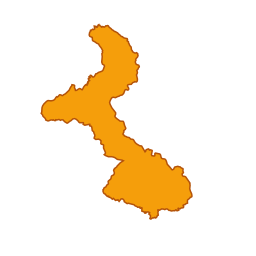 Sintang, Kalimantan Barat, Indonesia (Albers equal-area conic projection), rotated 44°
{"feature_id": "22746128B74245273608062", "entity_name": "Sintang", "entity_type": "district", "adm_level": 2, "iso_a3": "IDN", "parent_name": "Indonesia", "parent_adm1": "Kalimantan Barat", "projection": "albers", "projection_center": [111.256, 0.194], "detail": "fine", "context": "isolated", "style": "filled", "palette": "amber", "viewbox_px": 256, "rotation_deg": 44, "n_neighbors": 0, "source": "geoboundaries", "source_scale": "gbopen_adm2", "svg_char_len": 5803}
<svg xmlns="http://www.w3.org/2000/svg" viewBox="0 0 256 256"><g transform="rotate(44 128 128)"><path d="M210.5,171.8L210.0,170.9L210.3,169.7L208.0,167.8L207.6,166.9L206.5,166.4L206.4,166.0L207.8,165.2L208.4,162.9L210.0,161.6L211.2,161.1L211.5,160.0L212.1,159.3L212.8,158.9L214.7,158.8L215.6,158.0L216.7,157.7L218.3,155.7L219.2,155.0L219.1,153.8L219.3,153.6L219.9,153.4L220.6,153.6L221.1,153.1L221.6,151.9L220.1,151.4L219.9,150.8L220.3,150.5L221.1,150.5L221.6,150.1L221.8,148.6L223.0,147.2L223.1,146.6L222.7,145.9L221.6,145.6L221.3,145.2L221.5,144.5L222.2,143.7L222.1,142.7L223.0,140.7L221.4,139.2L220.8,138.2L221.2,135.8L220.9,134.7L221.6,133.5L221.6,133.0L220.7,132.0L219.4,131.1L216.6,130.0L214.7,128.9L212.3,125.9L211.0,125.1L210.9,124.6L203.5,123.1L202.4,123.4L201.3,124.4L200.3,124.4L199.4,124.0L198.8,123.4L198.9,121.9L198.7,121.4L197.4,120.9L196.1,119.2L195.6,119.1L194.1,119.7L192.4,119.8L191.6,120.5L190.5,120.9L188.8,123.5L188.8,124.1L189.4,125.8L189.1,127.1L188.5,127.5L185.7,127.1L181.4,126.8L178.6,125.2L176.8,124.6L175.8,124.9L174.0,126.2L173.1,126.4L172.2,126.1L170.2,124.8L168.9,124.6L165.2,126.9L165.0,127.6L166.2,128.9L166.5,129.6L165.9,130.3L164.4,131.3L163.4,130.9L161.2,127.5L160.7,127.4L159.2,128.2L158.8,129.0L157.4,128.7L157.1,129.0L156.2,130.9L156.3,131.6L156.9,132.6L156.8,133.3L150.3,131.5L148.6,132.7L145.0,133.5L143.2,133.5L140.2,132.7L139.4,132.8L137.6,134.1L135.6,134.0L133.7,135.2L132.4,135.5L130.9,136.2L130.1,135.9L129.0,136.1L128.3,135.4L127.8,133.7L126.8,132.8L127.0,130.8L126.6,129.7L123.9,128.6L120.9,126.8L119.8,126.6L117.6,128.5L113.8,129.0L111.5,129.1L110.3,128.6L109.5,126.6L108.5,125.6L102.4,124.7L98.7,123.4L97.1,122.5L96.3,121.0L95.6,118.9L95.4,117.2L96.0,116.1L97.9,114.9L98.7,112.6L99.5,111.3L99.7,110.1L100.9,108.2L100.9,106.2L99.6,103.2L99.5,102.3L99.9,101.6L101.1,101.2L101.7,100.6L101.6,99.6L101.2,99.2L100.6,98.8L98.7,98.3L98.2,97.9L97.9,97.2L98.5,96.0L100.0,94.3L99.9,92.0L100.6,90.7L100.6,90.0L102.0,89.2L102.2,88.3L101.5,87.0L100.6,86.1L97.2,83.9L96.8,82.5L96.2,81.5L94.3,80.4L94.3,78.8L93.6,77.1L93.7,76.3L93.3,75.8L92.0,75.4L90.5,76.2L89.2,76.4L87.6,75.6L87.0,74.9L86.7,73.8L85.9,73.3L85.6,72.3L85.5,70.2L84.9,68.9L84.0,68.5L83.7,67.9L81.9,67.8L81.4,68.8L80.5,69.5L78.3,69.9L77.2,69.4L76.3,69.4L74.0,67.6L71.8,67.4L70.1,66.6L69.4,66.5L68.3,65.6L66.8,65.9L66.3,64.8L65.3,64.3L62.9,65.8L61.8,66.2L60.6,66.1L59.8,66.7L58.7,66.8L56.9,66.7L56.4,67.0L54.5,66.8L51.8,67.5L51.3,67.9L49.0,68.1L48.5,68.4L46.7,68.3L44.4,68.6L43.0,68.2L42.2,68.4L41.7,69.4L41.1,69.8L41.0,71.6L40.7,72.0L40.0,72.2L39.5,72.9L39.0,72.9L38.8,73.8L37.9,73.7L36.8,73.9L36.2,73.7L35.7,74.4L35.2,74.0L35.0,74.9L35.6,75.9L35.5,76.3L35.8,76.6L35.7,77.2L35.0,77.6L34.5,77.1L32.9,78.1L35.2,79.9L34.9,81.1L33.9,81.5L33.7,83.0L33.4,83.3L33.7,83.9L33.3,84.0L33.8,84.9L34.1,86.1L35.5,88.1L36.8,88.6L39.4,87.7L41.3,89.4L42.0,89.7L44.5,89.0L46.7,88.7L48.5,88.0L50.1,88.6L53.1,89.0L56.0,89.9L56.3,90.7L57.4,91.5L57.6,92.7L59.9,94.6L63.3,98.8L65.2,99.8L67.2,99.4L68.1,99.8L69.8,103.6L69.9,104.4L69.7,105.5L68.1,108.6L67.9,110.3L67.2,111.4L67.9,113.9L67.9,115.1L67.3,115.8L65.2,115.7L64.5,116.0L64.3,116.3L64.6,117.5L65.0,117.9L64.7,118.1L65.1,118.2L65.1,118.5L65.3,118.3L65.2,118.8L65.6,118.7L65.3,120.0L65.7,120.1L65.7,120.4L66.5,120.6L66.6,120.9L67.3,120.8L67.1,121.2L67.3,122.0L67.0,122.4L67.4,122.7L67.3,122.9L67.6,123.2L67.3,123.2L67.6,124.0L67.4,124.3L67.9,124.0L68.0,124.7L68.0,124.1L68.3,124.3L68.1,125.1L68.3,125.3L67.8,125.3L67.6,126.0L67.9,126.5L67.5,126.7L67.4,127.3L67.7,129.6L68.3,131.2L68.4,132.4L66.6,132.8L65.8,133.2L65.4,134.1L64.8,136.7L64.1,137.5L63.2,136.8L61.5,136.2L60.2,134.6L59.3,134.6L57.6,135.8L58.1,136.5L58.4,138.7L59.4,141.8L59.2,146.9L58.5,149.0L58.5,150.0L58.0,150.5L56.8,150.8L55.9,151.4L55.7,151.8L55.8,153.8L55.6,154.9L55.0,155.0L54.9,155.9L55.4,158.4L55.1,160.0L53.8,161.9L51.4,163.8L50.9,165.3L50.8,169.2L51.3,171.6L52.1,173.2L55.0,176.6L55.3,177.7L57.3,177.9L58.7,178.6L61.7,178.6L62.8,179.0L63.2,179.4L65.2,178.7L66.0,177.9L66.7,176.2L67.8,174.9L68.4,174.7L68.6,174.0L69.8,173.8L70.5,173.3L70.8,172.8L70.3,172.2L71.5,171.3L72.4,169.8L74.1,169.4L74.3,168.6L75.1,167.7L75.7,167.3L77.9,167.5L80.7,166.9L81.1,166.4L81.5,163.5L81.9,162.3L82.0,159.9L83.1,158.3L84.8,157.7L87.1,157.6L88.4,157.9L89.5,157.8L92.2,155.2L92.6,155.4L93.2,156.5L95.0,156.0L97.6,152.2L98.0,151.9L98.8,153.0L99.3,153.0L99.9,152.4L100.7,152.3L101.7,152.8L104.1,154.7L105.9,154.6L107.6,155.6L108.6,155.9L109.8,156.8L110.1,158.0L110.8,158.9L112.8,158.6L114.5,156.5L116.1,155.9L117.5,156.0L119.3,158.1L120.0,158.1L121.8,157.2L122.4,157.3L124.3,159.4L128.6,161.2L129.2,161.7L129.5,162.6L129.4,163.7L130.8,163.5L133.8,162.3L136.2,160.0L137.6,159.1L139.3,158.4L142.1,158.0L146.0,155.3L147.4,154.8L146.6,158.4L146.6,163.0L146.9,163.7L146.6,165.9L146.4,166.4L146.8,166.8L146.6,167.3L147.0,168.4L149.2,169.6L149.9,170.5L150.2,171.8L149.6,173.4L149.6,174.3L150.8,176.1L151.0,176.7L150.7,179.7L150.8,180.2L152.5,181.6L152.7,182.1L152.4,183.9L153.0,185.7L152.5,187.1L152.4,188.0L152.9,188.7L153.0,189.9L153.3,189.9L154.0,190.9L155.7,191.7L156.7,191.7L157.6,191.3L158.3,191.6L158.8,191.5L160.7,191.6L160.9,191.0L161.5,190.5L162.4,191.0L163.7,190.2L166.2,190.1L166.4,188.8L169.3,188.8L169.7,187.9L170.4,187.5L170.6,186.6L172.6,187.0L172.3,183.8L173.4,182.7L175.4,182.8L175.9,183.0L176.4,183.6L179.9,183.0L180.5,181.9L185.7,179.0L187.1,179.1L189.0,178.3L190.0,178.3L191.4,176.7L192.2,177.3L192.7,177.2L193.3,175.8L193.7,175.9L194.9,177.4L195.8,178.2L197.6,177.2L198.4,177.4L198.8,176.5L199.0,176.6L199.1,177.4L199.4,177.5L200.0,176.7L199.7,175.7L200.8,174.4L202.3,173.8L202.6,174.0L202.7,175.4L204.8,175.3L205.9,176.3L206.6,177.9L207.3,177.9L207.8,177.4L208.0,175.7L208.7,175.2L209.2,173.9L209.4,173.7L210.1,173.8L210.5,173.3L210.5,171.8Z" fill="#f59e0b" stroke="#b45309" stroke-width="1.5"/></g></svg>